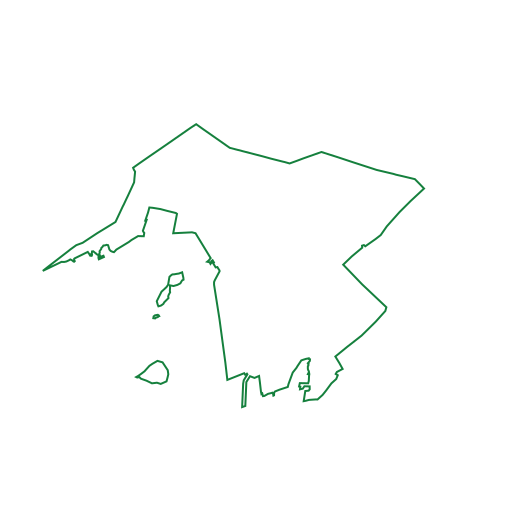 the district of Al Mu'alla, `Adan, Yemen, rotated 228°
{"feature_id": "15242507B93201212408360", "entity_name": "Al Mu'alla", "entity_type": "district", "adm_level": 2, "iso_a3": "YEM", "parent_name": "Yemen", "parent_adm1": "`Adan", "projection": "equal_earth", "projection_center": [45.013, 12.791], "detail": "fine", "context": "isolated", "style": "outline", "palette": "green", "viewbox_px": 512, "rotation_deg": 228, "n_neighbors": 0, "source": "geoboundaries", "source_scale": "gbopen_adm2", "svg_char_len": 3874}
<svg xmlns="http://www.w3.org/2000/svg" viewBox="0 0 512 512"><g transform="rotate(228 256 256)"><path d="M387.6,87.6L381.8,107.5L379.9,109.5L378.8,111.4L378.0,114.0L377.7,115.7L376.0,116.4L374.7,116.6L373.9,116.7L373.4,117.1L373.5,117.9L374.3,118.0L375.5,118.8L375.6,119.6L371.6,133.7L368.9,133.4L367.8,133.1L367.8,133.9L366.5,133.5L366.1,134.0L366.6,135.0L367.8,135.7L369.1,137.2L368.4,138.2L366.2,138.5L365.1,138.8L364.0,138.7L362.5,139.5L360.2,138.2L360.1,137.7L358.7,137.0L357.0,142.3L358.3,142.8L359.4,140.0L359.6,139.3L360.7,140.3L362.5,141.0L363.1,142.2L364.2,142.9L364.8,145.7L365.5,146.5L365.5,148.0L365.9,149.6L364.8,151.1L364.3,152.4L363.0,153.3L360.4,152.1L358.9,151.4L357.0,151.4L355.3,152.1L353.9,153.0L354.0,154.6L354.2,156.5L351.5,170.8L351.2,174.2L349.7,181.7L345.8,185.8L347.9,188.4L349.4,188.5L350.4,188.8L355.9,198.7L356.5,197.6L360.5,204.8L363.4,209.2L360.9,211.5L354.8,216.4L349.1,220.1L341.6,225.2L340.2,225.5L328.3,209.7L316.4,224.3L313.4,226.3L284.8,220.9L284.3,217.9L284.4,215.9L282.2,217.4L280.6,216.9L280.9,219.0L282.0,219.4L281.9,220.9L279.3,220.4L279.3,219.3L274.5,218.4L273.6,219.9L272.2,219.6L269.7,219.2L269.0,218.7L265.5,209.0L264.7,207.4L262.7,205.6L233.5,186.6L197.3,161.9L183.1,151.8L176.8,168.8L175.1,168.5L174.6,169.5L174.6,170.5L173.8,170.4L172.6,166.3L171.8,163.7L169.7,161.0L153.0,144.6L151.7,147.7L168.8,164.5L170.7,171.1L166.4,173.3L164.8,178.0L159.7,174.5L151.7,168.8L149.8,167.7L149.7,168.7L147.2,167.4L146.4,168.6L145.5,172.7L143.9,175.7L143.5,176.7L142.7,176.8L140.6,175.5L140.4,176.2L142.4,178.1L142.6,179.5L140.9,184.1L137.4,192.0L139.0,194.3L144.8,205.3L145.8,211.2L146.4,213.1L148.1,219.8L147.3,221.7L146.0,224.5L145.2,225.8L144.7,226.7L144.2,226.3L143.1,227.0L142.0,225.8L141.6,222.8L140.6,222.9L140.2,222.0L139.5,221.6L139.4,220.8L138.0,219.5L137.1,218.8L136.4,218.5L134.9,218.1L133.4,217.1L133.9,216.5L133.5,215.5L132.3,216.3L131.5,215.3L127.8,211.6L126.5,209.6L132.2,203.5L130.2,200.7L129.2,201.5L127.5,199.5L126.1,202.0L126.8,204.8L123.2,208.6L121.0,206.7L120.7,205.0L122.7,202.3L116.2,194.3L115.0,196.3L113.6,199.1L109.3,204.6L108.2,205.7L108.2,208.7L108.2,212.5L109.1,218.0L110.9,226.8L110.9,233.3L112.7,237.0L115.0,236.3L115.7,238.5L114.1,244.8L120.6,246.3L128.2,247.7L127.5,262.4L126.2,281.2L127.1,301.1L128.6,315.3L130.7,318.6L163.9,315.9L191.2,315.0L191.6,326.9L191.1,340.5L192.7,341.7L191.9,343.5L190.1,343.7L188.6,356.1L188.1,362.7L190.5,373.0L192.6,392.1L193.4,407.7L193.7,426.0L200.4,425.8L206.8,425.5L217.4,418.2L222.8,414.4L225.0,413.1L232.5,407.9L239.3,403.2L242.1,401.6L260.6,390.9L275.0,382.7L289.5,374.2L296.9,356.4L299.4,350.0L302.3,342.9L306.9,340.0L308.0,339.2L318.3,332.3L325.5,327.7L353.9,308.9L357.3,308.1L384.6,301.8L394.0,299.7L395.0,293.2L399.3,259.2L401.3,244.1L403.0,230.7L403.5,226.3L403.8,223.7L401.9,223.0L399.6,222.6L396.2,218.9L395.5,218.1L392.3,214.7L389.2,207.5L386.5,201.2L384.9,197.3L382.7,192.1L382.0,190.2L379.8,185.0L375.3,174.3L376.2,169.4L379.2,153.3L380.9,142.0L381.8,136.0L384.3,129.7L385.1,122.4L385.2,120.2L387.1,95.0L387.6,87.6ZM245.2,107.0L245.7,103.3L245.1,97.6L244.9,96.0L245.3,91.5L245.7,88.2L246.2,86.0L245.2,86.4L244.0,88.3L241.8,88.4L236.6,91.2L231.0,93.5L228.1,97.6L224.7,99.6L222.7,105.6L224.9,109.0L226.8,111.7L230.2,114.0L239.5,115.4L244.0,112.6L245.2,107.0ZM295.8,185.1L297.1,183.0L298.3,181.5L298.5,179.7L298.4,177.7L296.9,175.8L293.4,171.4L292.8,168.6L292.7,161.9L288.8,152.0L285.4,150.3L283.9,149.8L283.3,151.0L282.7,152.4L282.4,155.1L283.0,156.8L283.3,162.8L284.7,163.7L285.3,164.6L285.8,165.8L286.5,167.9L287.7,168.6L290.0,171.0L291.8,172.4L288.9,174.6L287.1,178.3L286.3,181.5L286.9,183.3L287.3,184.8L286.9,186.3L288.5,187.5L293.3,190.2L294.6,186.9L295.8,185.1ZM276.9,144.0L278.0,143.7L279.5,141.2L279.6,139.5L278.5,138.1L277.1,139.3L277.2,140.1L276.3,142.3L276.5,143.0L276.1,143.8L276.9,144.0Z" fill="none" stroke="#15803d" stroke-width="2"/></g></svg>